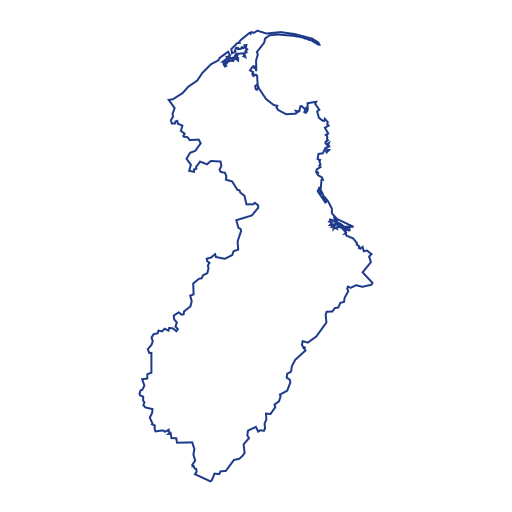 outline of Tasman District, Tasman District, New Zealand
{"feature_id": "76426892B40420864534448", "entity_name": "Tasman District", "entity_type": "district", "adm_level": 2, "iso_a3": "NZL", "parent_name": "New Zealand", "parent_adm1": "Tasman District", "projection": "albers", "projection_center": [172.761, -41.402], "detail": "fine", "context": "isolated", "style": "outline", "palette": "blue", "viewbox_px": 512, "rotation_deg": 0, "n_neighbors": 0, "source": "geoboundaries", "source_scale": "gbopen_adm2", "svg_char_len": 5989}
<svg xmlns="http://www.w3.org/2000/svg" viewBox="0 0 512 512"><path d="M353.1,238.4L346.4,235.6L345.9,233.5L344.9,233.7L346.0,232.5L341.5,227.6L337.5,227.0L336.4,227.4L336.9,228.7L334.6,227.7L333.6,228.8L333.8,227.5L331.9,227.0L335.5,225.0L330.0,225.0L332.2,222.5L329.3,221.6L330.7,220.3L329.4,219.1L334.6,221.1L334.3,217.9L335.5,219.1L336.1,217.9L331.9,213.3L331.9,208.7L328.3,201.7L324.9,197.3L322.9,195.5L326.7,201.3L325.3,202.5L317.7,191.3L319.6,186.9L319.4,189.5L320.6,190.3L321.5,179.9L322.9,179.8L321.9,177.4L318.0,175.2L316.1,171.8L316.9,169.2L320.5,167.1L319.3,165.6L320.5,164.5L319.4,161.1L320.1,160.0L317.6,159.1L318.5,153.9L322.8,153.3L325.4,148.0L329.3,146.4L328.2,144.2L328.8,143.0L327.4,143.7L327.6,144.7L327.4,145.2L325.5,143.4L325.5,141.9L327.9,140.3L327.0,139.5L327.3,136.1L325.8,135.0L328.2,133.5L324.9,127.7L328.6,125.6L327.2,124.1L327.8,122.2L324.8,118.8L324.2,120.9L322.7,120.8L318.9,117.8L317.2,111.4L319.3,109.7L315.2,103.9L316.1,101.8L307.6,103.2L307.7,106.5L305.7,108.1L307.5,107.2L307.9,109.1L306.4,110.2L307.3,111.0L305.8,112.8L304.4,112.3L305.1,109.1L301.4,106.0L300.3,106.5L299.3,111.2L298.2,111.8L298.0,111.2L297.5,111.5L296.6,111.0L296.3,111.0L297.2,111.9L296.1,111.3L296.6,112.8L295.8,113.7L286.1,114.2L278.2,110.0L276.5,107.6L277.3,105.9L273.5,104.9L266.0,99.0L258.8,88.2L258.1,85.8L257.4,85.0L258.2,88.0L256.8,89.8L255.7,89.1L255.2,86.0L257.6,84.2L257.1,75.8L256.0,74.7L253.4,76.0L253.2,75.1L252.9,75.0L252.5,74.4L252.3,73.9L253.1,72.1L250.0,70.4L252.2,67.1L253.9,65.7L253.3,66.6L254.7,66.5L253.9,68.6L255.4,67.0L256.3,71.2L256.1,60.4L257.8,54.5L256.9,52.1L264.2,42.6L265.1,38.5L269.5,35.3L278.0,34.5L296.2,36.1L305.6,38.2L310.1,40.4L309.0,39.7L310.5,39.9L318.3,44.6L319.4,44.7L318.4,42.6L312.3,38.7L294.9,34.1L280.5,32.1L266.3,33.5L257.4,30.7L253.7,32.9L251.5,32.1L250.6,33.7L250.0,32.8L249.6,32.8L240.9,39.9L239.3,41.8L239.7,42.9L237.3,43.1L231.3,49.1L232.0,53.3L235.5,51.7L234.9,50.5L236.2,47.7L237.9,47.9L237.9,49.2L240.6,48.9L242.7,46.4L241.9,48.1L243.1,48.3L244.9,46.6L244.5,45.2L246.4,45.0L245.7,48.3L247.2,49.3L245.4,51.1L246.6,52.2L244.2,53.5L245.4,57.1L243.7,56.3L244.5,55.8L243.2,53.3L236.2,53.9L234.6,56.4L235.2,57.5L237.2,56.0L236.5,58.0L238.1,58.0L238.1,60.5L234.5,58.1L233.3,61.0L231.7,60.9L233.9,58.0L232.5,57.7L229.6,59.2L229.1,60.5L230.5,60.0L229.4,61.1L228.4,60.5L228.2,62.5L228.1,60.6L227.5,60.6L226.7,64.1L226.9,61.4L224.9,62.6L225.1,65.5L225.9,65.1L226.2,65.9L224.9,66.4L224.4,63.1L223.7,64.0L223.5,62.9L224.4,61.7L222.8,61.7L227.4,58.2L226.9,57.3L228.6,57.9L230.1,57.5L228.1,56.5L230.0,55.3L228.1,51.7L219.5,58.0L218.4,60.3L210.9,64.3L202.3,73.0L197.1,80.7L188.4,86.6L182.7,93.0L172.8,99.3L168.7,99.9L174.6,108.0L172.6,113.7L173.0,116.7L170.9,120.2L171.8,123.5L175.1,123.4L175.4,121.5L177.2,120.9L178.0,123.8L182.4,125.6L180.9,130.9L184.6,133.7L183.3,136.0L183.9,136.7L187.5,137.2L189.7,140.1L198.7,139.6L200.7,143.3L195.3,150.8L190.1,152.8L186.5,158.8L190.9,164.7L189.2,170.8L194.0,171.8L194.1,169.4L196.3,168.8L196.0,167.0L200.1,161.6L207.0,164.3L210.8,161.0L220.5,161.5L221.4,166.0L219.5,169.6L220.7,172.0L224.8,172.7L226.4,176.2L225.9,179.7L232.1,181.4L237.5,190.0L239.4,190.2L240.4,192.7L244.4,195.7L246.5,204.4L253.1,204.3L254.9,202.8L258.1,205.3L258.2,207.8L251.8,215.5L236.3,220.2L238.4,227.8L240.4,228.8L241.1,230.9L237.6,241.5L238.2,249.6L233.6,251.2L232.2,255.1L224.7,258.8L215.9,257.0L215.1,254.2L210.9,257.6L206.7,258.7L207.2,261.1L209.5,262.9L207.9,265.4L208.5,268.5L207.3,273.2L203.1,275.2L201.7,278.2L198.8,278.9L193.2,283.5L193.6,294.4L190.2,295.6L191.7,301.4L190.4,306.4L184.0,311.5L183.7,314.2L181.7,314.7L178.7,312.4L173.7,315.6L174.2,319.4L176.8,322.5L175.5,326.6L177.9,329.1L176.4,331.2L172.9,328.4L169.2,327.9L168.5,330.6L164.6,328.7L162.1,331.4L158.5,330.6L157.6,333.3L153.6,334.2L151.5,337.6L152.8,341.2L151.6,344.7L147.8,349.2L149.3,353.0L151.4,352.9L151.4,372.7L147.4,374.2L147.2,378.6L142.2,379.2L144.4,385.7L142.3,389.7L140.5,390.4L139.5,393.7L140.2,395.4L143.2,396.7L143.1,400.6L144.4,402.4L143.4,405.2L145.3,407.4L152.5,409.1L152.2,412.7L149.8,417.7L152.5,423.6L152.0,424.3L154.9,425.5L154.5,428.5L155.5,431.4L162.7,430.4L165.1,431.7L168.7,429.8L168.6,431.5L170.2,432.6L168.5,433.9L170.8,434.0L171.4,438.1L176.3,438.3L177.0,442.7L192.2,442.4L194.4,449.0L193.4,454.5L195.2,460.6L192.3,464.7L192.5,466.3L193.6,466.0L194.7,468.5L196.2,469.0L196.6,471.8L195.0,474.2L210.3,481.3L211.8,480.3L214.5,473.6L219.2,474.1L220.5,471.4L225.8,470.9L234.0,459.9L239.3,458.8L242.5,455.9L244.6,453.0L243.6,444.4L249.0,438.1L247.3,435.4L248.0,430.6L255.9,426.9L258.2,431.6L260.2,430.3L263.9,430.8L265.0,428.6L264.6,423.5L266.4,419.4L266.0,413.6L270.5,414.0L275.3,407.2L274.5,404.5L279.0,401.3L280.6,396.3L279.9,394.6L287.2,390.7L290.4,382.3L289.6,379.5L286.7,377.8L287.2,373.7L291.0,371.7L291.9,366.1L295.3,359.7L305.5,350.5L304.3,348.4L305.3,346.8L303.7,348.1L301.9,344.7L302.7,341.2L307.8,342.6L316.3,336.5L326.4,322.5L325.7,314.8L326.6,311.8L332.3,311.5L335.0,308.0L338.3,307.5L340.3,302.9L344.0,301.9L344.7,297.6L348.3,291.2L347.2,288.4L347.9,286.6L350.7,287.8L356.1,285.2L362.3,286.8L371.3,284.8L372.5,282.9L362.6,272.3L370.9,262.2L369.1,256.5L371.5,254.1L366.8,250.5L363.8,251.3L362.6,246.9L360.4,248.7L358.9,248.0L359.3,246.4L356.6,244.4L356.9,243.0L353.1,238.4ZM353.5,226.8L336.6,218.8L335.6,219.9L337.2,220.3L335.5,221.5L340.2,223.7L344.3,226.7L353.5,226.8ZM336.9,222.5L336.1,223.0L337.2,223.0L337.6,224.9L341.1,226.9L342.3,226.2L336.9,222.5ZM344.2,226.9L348.6,230.5L349.6,230.3L349.4,227.7L344.2,226.9ZM345.7,228.5L341.8,227.1L346.8,230.9L345.7,228.5ZM327.2,149.6L326.1,151.3L326.6,152.4L329.1,150.0L327.2,149.6ZM320.9,190.5L320.6,190.8L320.8,190.9L321.3,191.7L320.0,190.9L321.1,193.0L323.4,195.1L320.9,190.5ZM254.4,74.2L252.6,73.6L252.5,74.3L254.4,74.2ZM305.2,38.3L303.3,37.9L306.3,38.9L305.2,38.3ZM318.4,173.9L318.2,172.9L317.2,171.7L318.4,173.9ZM297.0,36.5L295.6,36.3L297.3,36.7L297.0,36.5ZM344.6,230.1L343.5,229.1L343.4,229.0L343.6,229.6L344.6,230.1Z" fill="none" stroke="#1e3a8a" stroke-width="2"/></svg>